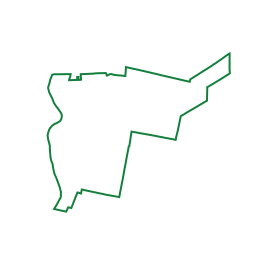 the district of Herasti, Giurgiu, Romania, rotated 103°
{"feature_id": "2599482B7326478622533", "entity_name": "Herasti", "entity_type": "district", "adm_level": 2, "iso_a3": "ROU", "parent_name": "Romania", "parent_adm1": "Giurgiu", "projection": "mercator", "projection_center": [26.35, 44.221], "detail": "fine", "context": "isolated", "style": "outline", "palette": "green", "viewbox_px": 256, "rotation_deg": 103, "n_neighbors": 0, "source": "geoboundaries", "source_scale": "gbopen_adm2", "svg_char_len": 4492}
<svg xmlns="http://www.w3.org/2000/svg" viewBox="0 0 256 256"><g transform="rotate(103 128 128)"><path d="M196.1,184.4L197.5,183.5L197.9,183.3L200.6,181.5L203.0,180.2L205.0,179.2L206.0,178.9L209.2,178.1L211.2,178.0L213.2,178.7L216.7,179.6L221.5,181.1L222.0,181.3L223.5,181.8L223.5,175.0L223.4,172.2L223.4,169.4L218.7,168.4L218.7,165.2L217.9,165.1L213.3,164.4L211.6,164.2L208.8,163.7L207.4,163.6L206.0,163.3L203.7,163.0L202.2,162.7L202.1,162.1L202.3,160.2L202.4,159.0L198.3,159.2L198.3,155.6L197.9,133.2L197.7,130.4L197.7,130.2L197.7,128.9L197.5,126.0L197.5,124.8L197.4,124.0L197.3,122.3L197.3,121.4L197.3,121.0L196.0,121.0L192.8,121.2L189.8,121.3L186.5,121.4L181.1,121.6L179.4,121.6L175.6,121.8L174.1,121.9L169.9,122.1L168.5,122.2L164.6,122.3L162.4,122.4L160.4,122.5L156.3,122.7L151.5,122.9L151.0,122.9L150.5,122.9L148.1,123.0L146.0,123.1L145.9,122.9L145.7,122.8L145.4,122.7L145.2,122.6L144.9,122.7L144.6,122.7L143.1,122.8L139.7,123.0L138.7,123.1L137.0,123.3L135.7,123.4L134.1,123.5L130.7,123.7L130.7,123.4L130.7,122.6L130.4,117.7L130.4,116.0L130.2,112.8L129.9,107.4L129.7,103.2L129.5,99.4L129.5,97.8L129.4,95.3L129.4,94.4L129.3,93.6L129.3,91.7L129.2,89.5L129.1,87.1L129.0,84.8L128.9,82.5L128.8,79.2L128.8,78.9L128.3,78.9L127.9,78.9L127.3,79.0L126.0,79.0L119.4,78.9L106.4,79.2L104.4,79.2L102.5,77.0L99.3,73.8L93.8,67.9L92.1,66.1L86.3,60.1L86.1,59.8L83.6,57.2L81.7,57.6L79.4,58.1L76.8,58.6L72.0,59.6L70.4,60.0L67.3,56.6L63.6,52.8L60.5,49.6L55.5,44.7L53.3,42.4L52.1,41.3L51.9,41.1L45.4,42.9L44.7,43.0L41.6,43.7L38.5,44.4L36.7,44.8L34.5,45.3L33.1,45.7L32.5,45.8L32.6,46.0L32.8,46.1L33.1,46.4L35.0,48.2L37.3,50.2L38.8,51.5L40.4,52.9L42.2,54.6L44.1,56.3L44.3,56.4L45.2,57.2L46.7,58.8L47.3,59.4L47.6,59.6L48.5,60.4L51.5,63.3L54.4,66.2L57.3,69.1L60.3,72.0L63.5,75.2L66.3,78.0L66.5,78.2L66.7,78.3L66.9,78.3L67.0,78.3L67.7,78.3L69.1,78.3L69.1,79.4L69.1,82.4L69.1,87.1L69.1,92.1L69.1,96.7L69.1,101.1L69.1,105.9L69.1,108.9L69.0,109.9L69.0,110.4L69.0,111.6L69.0,115.3L69.0,119.3L69.0,122.8L69.0,126.5L69.0,130.1L69.0,133.7L69.1,137.4L69.1,141.1L69.1,143.7L71.9,143.2L75.9,142.6L77.9,142.3L78.0,142.6L78.0,142.8L78.0,143.0L78.0,143.4L78.1,143.7L78.2,144.4L78.4,146.4L78.8,148.8L79.1,151.2L79.2,152.0L79.3,152.3L79.3,152.6L79.4,152.9L79.4,153.2L79.3,153.3L79.3,153.5L79.3,153.9L79.3,154.1L79.2,154.7L79.3,155.4L79.2,155.9L79.2,156.2L79.2,156.3L79.2,156.6L79.3,156.7L79.4,157.0L79.5,157.3L79.6,157.5L79.8,157.8L79.9,158.0L80.0,158.1L80.2,158.4L80.3,158.7L80.4,158.8L80.5,159.0L80.7,159.3L80.8,159.4L81.0,159.5L81.3,159.7L81.5,159.8L81.6,160.0L81.7,160.3L81.5,160.5L81.4,160.6L81.1,160.7L80.7,161.0L80.2,161.4L79.9,161.6L79.7,161.7L79.6,161.9L79.5,162.0L79.5,162.3L79.5,162.5L79.6,162.8L80.0,164.0L80.4,165.7L80.8,167.3L81.2,168.9L81.7,170.6L81.9,171.7L82.1,172.1L82.7,173.6L82.9,174.4L83.1,174.8L83.2,175.2L83.6,176.7L84.0,178.3L84.5,179.9L84.9,181.3L85.2,182.6L85.3,182.9L85.6,183.8L85.8,184.6L86.1,185.9L86.2,186.2L87.6,185.8L89.2,185.3L91.0,184.7L91.5,184.6L91.8,185.4L92.2,186.4L92.3,187.1L89.4,187.8L89.7,189.0L92.6,188.3L93.5,191.7L94.2,194.4L94.7,196.1L93.7,196.3L91.6,195.9L90.0,195.9L89.2,196.0L88.4,196.0L88.4,196.3L88.5,196.4L88.6,196.7L88.7,197.1L88.7,197.4L89.0,198.4L89.3,199.7L89.4,200.3L89.5,200.7L89.7,201.5L89.8,201.6L89.9,201.8L89.9,202.0L90.0,202.4L90.0,202.6L90.1,203.1L90.4,204.3L90.8,206.0L91.0,206.5L91.2,207.5L91.4,208.4L91.5,208.7L91.5,208.8L91.5,209.1L91.7,209.7L91.9,210.9L92.0,211.2L92.5,212.5L92.8,213.1L93.2,213.9L94.1,214.0L95.8,214.2L97.0,214.4L97.9,214.6L99.7,214.6L101.1,214.6L102.9,214.7L105.3,214.9L106.1,214.9L106.9,214.8L107.5,214.6L108.6,214.0L109.7,213.5L111.2,212.6L112.6,211.5L113.8,210.5L114.9,209.6L116.7,208.1L117.7,207.5L119.4,206.4L120.5,205.5L121.7,204.3L122.9,203.0L124.1,201.5L125.1,200.3L126.4,198.9L127.9,197.2L128.9,196.2L130.2,195.5L131.5,195.1L132.8,195.0L134.1,195.0L135.2,195.3L135.9,195.4L136.2,195.6L136.7,195.9L137.4,196.5L138.1,197.3L138.8,198.1L139.6,198.9L140.0,199.6L140.4,200.3L141.0,200.9L141.7,201.4L142.5,202.2L143.9,203.0L145.5,203.8L146.9,204.3L148.7,204.6L149.8,204.6L150.5,204.7L151.5,204.7L153.0,204.7L153.6,204.6L154.1,204.4L156.2,203.6L158.1,202.7L160.4,201.4L162.0,200.7L163.0,200.1L163.6,200.0L165.1,199.7L167.1,199.1L169.4,198.4L171.8,197.6L174.3,196.8L175.8,196.1L177.7,195.1L178.8,194.3L179.8,193.5L180.6,193.1L180.9,193.0L181.3,192.9L181.9,192.8L182.8,192.4L183.9,191.9L185.2,191.3L186.3,190.8L187.6,190.1L188.9,189.5L190.2,188.6L190.6,188.3L192.5,186.8L196.1,184.4Z" fill="none" stroke="#15803d" stroke-width="2"/></g></svg>